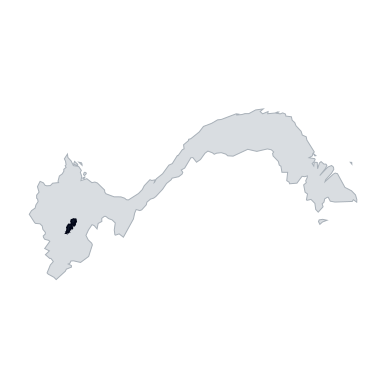 location of Van Chan, Yên Bái, Vietnam, rotated 266°
{"feature_id": "81297802B1430654702420", "entity_name": "Van Chan", "entity_type": "district", "adm_level": 2, "iso_a3": "VNM", "parent_name": "Vietnam", "parent_adm1": "Yên Bái", "projection": "mercator", "projection_center": [104.568, 21.57], "detail": "fine", "context": "in_parent", "style": "filled", "palette": "ink", "viewbox_px": 384, "rotation_deg": 266, "n_neighbors": 0, "source": "geoboundaries", "source_scale": "gbopen_adm2", "svg_char_len": 6629}
<svg xmlns="http://www.w3.org/2000/svg" viewBox="0 0 384 384"><g transform="rotate(266 192 192)"><path d="M238.5,70.4L235.1,70.6L231.4,73.6L226.6,75.5L225.4,80.7L221.3,83.1L219.4,82.0L215.4,83.1L211.1,82.0L212.6,88.0L208.3,92.8L208.7,95.8L207.6,98.2L200.1,104.9L197.9,105.0L196.2,106.1L192.6,114.0L192.1,120.7L190.5,124.4L188.9,126.0L188.5,128.0L194.2,138.5L197.9,142.6L201.6,144.8L207.2,150.9L206.3,152.6L206.7,156.0L204.1,155.0L204.4,155.4L207.6,157.3L212.2,163.9L220.4,170.8L221.7,174.3L229.5,180.0L229.3,180.7L234.9,185.3L235.6,187.1L239.7,186.9L243.6,192.2L244.8,192.3L245.2,194.5L251.4,203.4L256.6,208.0L259.1,216.3L262.2,222.6L262.3,226.2L266.9,241.5L266.5,243.5L265.7,241.5L265.8,247.3L266.5,250.3L266.2,254.1L269.4,261.2L269.9,268.9L267.5,265.6L265.1,267.9L266.9,273.5L264.8,273.0L265.0,280.4L265.9,283.0L265.7,284.0L264.6,282.0L263.8,285.5L264.6,288.0L263.2,290.7L261.2,290.9L260.1,296.4L256.6,296.9L254.0,299.4L250.9,300.3L244.9,305.1L241.1,306.0L239.1,309.8L235.8,310.2L223.4,316.8L222.0,315.2L219.7,314.6L218.0,311.1L216.7,316.7L215.8,317.1L213.8,316.0L212.0,313.8L209.4,315.3L212.3,315.8L213.1,317.2L212.7,319.0L206.4,318.9L212.1,321.2L213.3,322.9L210.6,325.6L210.5,327.5L209.2,328.4L206.1,326.7L199.5,320.6L207.4,329.2L208.7,333.1L206.9,334.9L204.6,335.0L200.9,332.4L195.0,326.2L193.0,325.4L199.9,334.1L200.9,336.1L200.1,338.4L185.9,344.9L182.1,351.2L177.7,354.9L173.0,355.9L170.4,355.6L173.1,352.4L171.4,351.2L172.0,333.9L173.2,329.3L177.2,327.5L177.3,326.6L175.9,323.9L172.6,322.9L171.1,321.0L168.1,321.7L163.1,316.5L166.0,314.2L172.1,313.8L176.3,310.2L175.7,306.2L176.2,305.6L182.0,307.1L183.9,304.8L191.3,303.9L193.4,306.7L195.2,306.2L198.7,308.1L200.0,308.2L199.4,305.4L200.0,302.9L193.5,297.3L193.4,289.9L195.0,289.6L196.7,287.3L205.0,288.8L205.4,283.1L211.5,282.5L212.8,280.9L216.4,280.3L222.3,275.4L224.9,275.1L226.2,276.3L228.6,274.1L229.7,270.2L228.0,259.5L230.7,250.6L224.9,235.5L225.6,230.2L227.4,228.4L229.2,224.0L229.0,219.2L228.1,216.8L229.7,215.1L231.7,210.7L229.8,207.7L223.8,202.7L221.4,198.6L226.2,195.3L226.3,193.3L216.4,186.4L214.7,182.8L212.3,184.2L210.5,183.3L208.2,179.8L207.2,173.1L205.6,172.0L202.3,167.2L196.7,162.8L190.0,155.6L188.6,153.4L187.8,150.1L185.0,146.3L182.4,145.5L177.7,140.6L177.1,138.6L178.4,135.1L175.1,133.4L169.2,131.7L151.7,120.4L155.3,116.4L154.3,112.7L154.7,112.1L159.5,111.8L166.5,113.3L169.8,110.3L171.3,106.9L173.7,104.3L173.8,102.8L172.0,100.1L168.9,100.0L167.2,96.2L161.8,94.7L165.3,92.1L166.4,90.0L161.4,86.1L156.1,83.2L151.5,85.1L147.9,88.4L146.2,88.9L134.9,84.4L129.5,75.9L131.6,69.0L131.6,66.4L129.4,65.2L128.8,63.5L127.1,66.5L125.5,66.5L123.8,61.3L121.8,60.1L114.1,50.4L116.5,48.4L120.1,42.8L121.4,41.8L129.1,45.6L132.3,48.8L135.6,46.6L135.6,45.5L139.7,41.4L143.2,45.6L145.9,41.1L152.7,46.7L153.8,45.6L155.1,41.8L157.0,40.7L158.5,40.5L160.3,42.7L161.9,42.9L165.2,40.6L168.6,40.2L170.9,38.1L171.6,33.7L172.4,32.9L181.1,28.1L184.6,30.6L186.9,34.4L190.0,35.4L193.2,37.8L195.7,37.5L196.6,36.6L199.7,36.8L202.5,39.4L208.1,38.2L213.2,41.2L211.5,44.4L208.9,45.9L208.3,47.6L208.3,51.2L210.5,53.6L210.7,59.6L212.1,59.1L217.2,60.8L219.1,63.8L221.6,65.6L223.6,65.7L225.3,68.1L227.1,67.3L227.9,68.3L231.5,68.0L234.0,67.0L238.5,70.4ZM155.3,316.9L155.6,320.5L154.4,324.7L153.0,320.1L150.8,317.3L153.7,316.1L155.3,316.9ZM230.7,77.0L227.6,79.9L226.4,79.8L228.0,75.8L230.7,77.0ZM218.5,87.7L217.6,87.8L215.9,86.0L216.8,85.0L218.8,85.7L219.2,86.5L218.5,87.7ZM228.9,83.7L227.7,84.2L226.3,84.2L229.6,81.2L228.9,83.7ZM213.5,83.6L214.7,86.6L212.9,85.1L213.5,83.6ZM222.0,315.7L219.6,318.1L219.5,317.0L222.0,315.7ZM210.4,353.4L208.6,353.4L210.6,352.0L210.4,353.4Z" fill="#d9dde1" stroke="#a8b0b8" stroke-width="1"/><path d="M172.5,69.6L172.3,69.8L172.2,69.8L172.0,69.7L171.9,69.6L171.7,69.5L171.6,69.4L171.4,69.4L171.1,69.3L170.9,69.1L170.7,69.1L170.5,69.3L170.3,69.6L170.3,69.8L170.2,69.8L169.8,69.9L169.7,69.7L169.4,69.8L169.2,69.7L168.7,69.4L168.6,69.0L168.5,68.9L168.4,68.9L168.2,68.8L167.8,68.6L167.9,68.4L167.9,67.9L168.0,67.9L168.1,67.6L168.2,67.4L168.3,67.3L168.3,67.2L168.4,66.9L168.2,66.8L168.1,66.7L168.0,66.4L167.8,66.4L167.7,66.2L167.4,66.1L167.5,66.1L167.4,66.1L167.1,66.0L167.0,65.8L166.9,65.8L166.8,65.7L166.7,65.7L166.6,65.4L166.5,65.2L166.4,65.2L166.1,65.1L165.9,65.0L165.7,65.0L165.4,64.8L165.3,64.6L165.0,64.6L164.9,64.8L164.8,64.7L164.6,64.8L164.3,64.9L164.1,65.0L163.8,65.0L163.6,64.9L163.4,64.7L163.1,64.7L162.9,64.6L162.7,64.7L162.4,64.5L162.3,64.4L162.1,64.4L161.9,64.3L161.7,64.3L161.7,64.2L161.4,64.1L161.2,63.9L160.8,63.9L160.6,63.9L160.6,63.6L160.4,63.7L160.2,63.6L159.9,63.6L159.7,63.4L159.7,63.7L159.7,63.8L159.8,63.9L159.8,64.0L159.7,64.1L159.8,64.1L160.0,64.2L160.0,64.4L160.1,64.8L160.3,64.8L160.3,65.0L160.4,65.3L160.3,65.5L160.2,65.7L160.3,65.7L160.3,65.8L160.5,66.0L160.6,66.4L160.8,66.4L160.8,66.5L160.9,66.4L161.0,66.5L161.3,66.7L161.5,66.8L161.6,66.7L161.8,66.9L162.0,67.0L162.3,67.1L162.4,67.3L162.5,67.2L162.8,67.3L163.0,67.4L163.3,67.3L163.4,67.5L163.6,67.6L163.5,67.9L163.5,68.0L163.4,68.2L163.5,68.2L163.5,68.3L163.9,68.4L164.1,68.4L164.3,68.2L164.6,68.1L164.5,67.9L164.4,68.0L164.4,67.9L164.1,67.8L164.1,67.7L164.3,67.7L164.5,67.7L164.5,67.8L164.8,67.7L164.8,67.8L164.9,67.7L165.0,67.5L165.0,67.8L165.0,68.0L165.3,68.1L165.3,68.3L165.1,68.5L165.0,68.8L164.9,68.8L164.9,68.7L164.9,68.8L164.7,68.8L164.2,68.9L164.0,69.1L164.1,69.3L164.1,69.5L164.3,69.7L164.3,69.8L164.2,69.9L164.1,70.0L163.9,70.1L164.0,70.2L164.3,70.2L164.2,70.1L164.4,70.0L164.5,70.1L164.4,70.1L164.6,70.1L164.8,70.1L164.8,69.9L165.0,69.9L165.3,69.7L165.4,69.8L165.4,69.7L165.5,69.5L165.8,69.4L166.0,69.4L166.3,69.4L166.4,69.5L166.5,69.5L166.8,69.7L166.9,69.8L167.0,69.9L167.0,70.0L167.3,70.1L167.7,70.2L167.8,70.4L167.8,70.5L167.7,70.5L167.8,70.6L167.7,70.6L167.9,70.8L168.0,70.9L167.9,71.0L168.0,71.3L167.9,71.5L167.7,71.5L167.5,71.8L167.3,71.8L167.1,71.6L166.9,71.6L166.7,71.8L166.5,72.0L166.5,72.3L166.8,72.5L167.0,72.7L167.1,72.8L167.3,73.0L167.5,73.1L167.8,73.2L168.0,73.3L168.3,73.4L168.5,73.4L168.6,73.2L168.7,72.8L168.8,72.9L169.0,72.7L169.1,72.9L169.3,72.9L169.6,72.7L169.6,72.8L169.6,73.0L169.6,73.3L169.8,73.5L169.9,73.9L170.0,74.0L170.1,73.9L170.1,74.0L170.3,74.1L170.3,74.4L170.6,74.5L170.8,74.4L171.0,74.4L171.3,74.4L171.6,74.3L171.8,74.3L172.0,74.3L172.1,74.2L172.0,73.9L172.2,74.0L172.2,73.9L172.2,73.7L172.3,73.6L172.4,73.8L172.5,73.9L172.6,74.1L172.8,74.2L173.1,74.1L173.1,73.9L173.0,73.7L172.8,73.5L172.8,73.3L172.8,73.2L173.0,73.0L173.1,72.9L173.2,72.6L173.3,72.5L173.3,72.4L173.3,72.2L173.4,71.8L173.2,71.5L173.1,71.3L173.1,71.2L172.9,70.7L172.8,70.3L172.8,70.2L172.7,69.8L172.5,69.6Z" fill="#0f172a" stroke="#020617" stroke-width="1.5"/></g></svg>